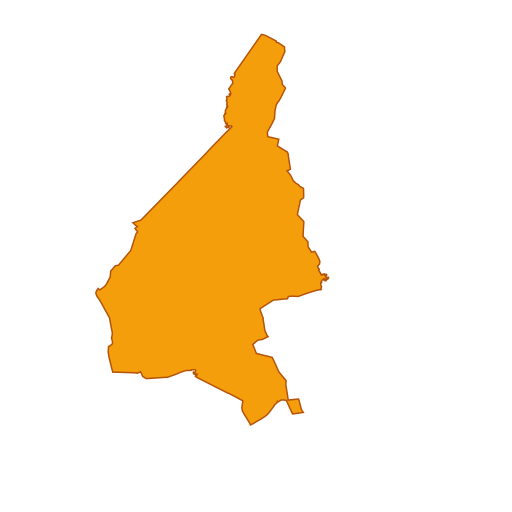 Augstkalnes pag., Tervetes, Latvia (Mercator projection), rotated 129°
{"feature_id": "27541924B87750651157185", "entity_name": "Augstkalnes pag.", "entity_type": "district", "adm_level": 2, "iso_a3": "LVA", "parent_name": "Latvia", "parent_adm1": "Tervetes", "projection": "mercator", "projection_center": [23.356, 56.418], "detail": "fine", "context": "isolated", "style": "filled", "palette": "amber", "viewbox_px": 512, "rotation_deg": 129, "n_neighbors": 0, "source": "geoboundaries", "source_scale": "gbopen_adm2", "svg_char_len": 5976}
<svg xmlns="http://www.w3.org/2000/svg" viewBox="0 0 512 512"><g transform="rotate(129 256 256)"><path d="M390.8,154.0L387.7,152.6L383.7,151.2L380.4,149.8L375.5,148.2L373.2,147.6L371.5,147.4L369.5,147.3L361.4,147.6L359.5,147.8L356.3,147.3L355.6,147.8L355.6,147.3L355.4,147.0L355.2,146.9L352.9,146.1L351.9,145.6L351.4,145.1L350.2,143.4L349.1,141.6L355.8,128.2L347.8,120.8L346.8,124.0L340.5,132.6L340.5,132.8L340.4,133.0L347.7,140.3L345.2,143.0L337.1,152.0L334.0,154.1L333.9,154.3L332.4,161.9L331.6,165.4L325.8,177.0L324.6,179.6L331.5,194.4L326.7,202.9L326.2,202.7L320.9,201.8L319.0,200.6L317.5,199.0L316.7,198.5L311.0,195.8L310.9,196.1L311.0,196.6L310.6,197.8L308.3,202.3L304.0,206.9L300.7,210.8L300.1,210.9L299.9,211.1L299.2,212.4L296.9,216.2L297.0,216.3L295.8,218.0L294.4,219.7L279.4,214.8L279.1,214.5L274.5,209.8L274.4,209.9L269.5,204.7L269.0,204.7L268.4,205.0L267.2,205.4L265.0,203.3L260.9,197.8L253.2,193.1L245.3,187.9L242.0,185.2L241.5,184.4L241.2,184.2L240.9,184.2L240.7,184.7L240.5,185.0L240.1,185.3L238.7,185.7L238.3,186.1L238.2,186.6L237.1,188.1L236.7,188.5L235.8,188.8L235.7,188.3L235.4,188.2L235.1,188.5L234.6,189.2L233.2,189.4L233.0,189.5L232.2,189.2L231.2,189.1L231.0,188.9L231.6,188.4L231.9,188.1L232.0,187.9L231.9,187.8L231.7,187.7L231.5,187.8L231.3,188.1L231.2,188.1L231.5,187.7L231.8,186.8L231.6,186.4L231.2,186.2L230.7,186.0L230.4,186.1L230.4,186.6L230.3,187.0L230.2,187.1L229.8,186.6L229.3,186.5L229.2,186.0L229.0,185.8L228.6,185.7L227.9,185.7L227.4,185.8L227.1,186.0L226.9,186.2L227.0,186.4L227.2,186.7L228.3,187.2L228.5,187.5L228.5,187.8L228.0,189.5L227.9,189.6L227.8,189.2L227.7,189.0L226.7,188.9L226.1,189.2L226.0,189.6L226.0,189.8L226.2,190.3L226.3,190.4L227.0,190.6L227.7,190.5L227.9,190.6L227.9,190.8L227.5,191.3L227.1,191.3L226.9,191.7L227.0,191.8L228.4,192.5L228.5,192.9L229.0,192.7L229.3,192.8L229.5,192.9L229.6,193.5L229.5,194.0L229.1,194.3L228.8,195.2L228.5,195.5L228.6,196.1L228.2,196.5L228.1,196.8L228.1,197.2L227.8,197.5L227.6,198.4L227.4,198.5L227.1,198.4L226.7,198.4L226.4,198.6L226.3,198.8L226.4,199.2L226.4,199.7L225.8,200.6L225.7,200.8L225.6,201.5L224.9,201.7L222.3,201.6L220.2,202.8L220.0,203.0L218.6,205.3L215.9,211.8L215.8,212.1L215.6,212.5L215.5,212.9L215.6,213.5L218.0,215.2L218.0,215.4L216.0,221.4L215.8,221.7L212.6,224.2L212.4,224.4L211.1,231.8L206.9,234.9L199.5,240.2L199.2,240.5L199.0,241.5L197.9,249.3L197.8,249.8L197.5,250.1L184.5,256.7L181.2,255.8L180.8,255.8L180.2,256.0L173.7,261.5L173.6,262.0L173.7,262.5L174.4,265.8L173.9,267.7L174.3,270.5L174.1,274.1L174.0,274.5L171.5,279.9L170.7,283.5L170.5,284.3L170.3,285.5L166.9,283.8L160.8,290.7L156.5,295.2L155.5,297.0L157.0,308.7L150.9,311.8L155.8,321.9L152.6,325.2L143.4,326.8L137.6,328.1L135.8,329.4L131.2,332.6L126.3,335.2L122.9,335.8L120.8,335.8L117.7,336.3L107.0,338.7L106.6,340.0L106.2,343.5L103.6,346.0L99.2,355.7L94.9,359.2L89.5,359.3L85.3,360.5L79.3,362.1L78.9,362.2L76.7,364.6L76.1,364.9L75.6,365.5L76.2,372.8L77.1,374.6L76.2,375.5L78.5,386.8L78.6,387.2L80.3,391.2L127.6,387.8L127.6,387.5L127.7,387.2L128.1,387.2L128.2,386.6L128.3,386.5L129.5,385.9L131.0,385.6L131.3,385.9L131.4,386.8L131.6,386.9L131.9,387.7L132.6,388.1L133.2,388.1L133.5,387.9L134.3,386.6L134.5,386.2L134.3,385.4L134.4,384.8L136.2,382.9L137.6,382.6L139.1,382.6L141.2,382.4L143.1,382.4L143.4,382.2L143.6,381.8L143.9,380.6L144.3,380.0L144.7,379.1L145.3,378.3L145.5,377.9L145.8,377.7L146.3,377.5L146.5,377.6L146.5,378.1L146.5,378.4L146.8,378.6L147.1,378.7L147.4,378.2L147.3,377.9L147.1,377.5L147.1,377.3L147.3,377.1L148.8,377.4L149.7,378.3L150.2,379.0L150.5,379.1L151.0,379.0L151.2,378.8L151.8,377.7L152.1,377.4L152.5,377.2L153.3,377.2L153.6,377.0L153.9,376.6L154.3,376.3L154.6,375.1L155.3,374.9L156.0,374.3L156.4,374.3L156.6,374.2L156.9,373.2L157.6,373.0L157.6,372.9L157.4,372.5L157.8,372.0L158.1,372.0L158.6,372.5L158.8,372.5L158.9,372.4L158.9,372.2L158.6,371.9L158.8,371.7L159.7,372.0L160.5,371.5L161.6,371.6L162.0,371.4L163.6,370.3L164.1,369.3L164.2,369.2L164.6,369.2L164.8,369.7L164.9,369.8L165.2,369.7L165.9,369.2L166.2,369.2L166.8,369.4L167.2,369.3L169.7,366.4L170.6,365.8L170.8,365.3L170.9,364.4L171.1,363.9L171.7,363.6L172.0,363.1L172.2,362.0L172.2,361.8L172.0,361.7L171.6,362.0L171.2,362.1L170.9,361.8L171.8,361.1L172.2,360.5L172.7,360.5L173.9,360.9L174.5,361.5L174.8,361.3L174.7,360.3L174.9,359.5L174.9,359.3L174.7,359.2L174.2,359.3L173.5,359.0L173.4,358.7L173.5,358.1L173.3,357.8L173.1,357.9L172.7,358.5L172.3,358.9L172.0,359.1L171.8,359.0L171.3,358.1L170.6,357.3L170.4,356.9L170.4,356.4L170.7,356.1L173.4,356.3L177.5,356.9L201.4,359.1L206.9,359.4L246.7,363.0L246.8,362.9L265.2,364.7L300.5,368.0L306.8,372.0L307.6,372.6L307.9,369.0L307.8,366.7L310.6,367.4L310.8,367.3L311.5,363.8L311.6,363.4L311.9,363.2L312.3,363.1L313.8,363.3L314.2,363.2L330.5,356.8L349.7,357.1L352.0,359.1L352.4,359.2L358.8,359.4L359.0,359.4L361.3,358.0L364.1,356.1L369.9,355.0L370.0,354.8L372.9,354.5L375.1,354.5L380.6,356.0L380.6,358.2L383.3,358.1L385.7,357.1L387.3,354.4L387.8,352.9L388.1,351.4L389.3,348.0L390.9,343.9L392.5,340.3L394.9,334.1L396.4,330.7L402.9,323.2L406.2,319.2L408.4,317.8L410.6,316.7L412.9,313.7L413.8,312.7L415.3,312.4L419.4,313.4L419.4,313.5L423.8,310.3L426.7,307.1L434.7,296.6L436.4,294.2L432.8,289.6L424.1,278.1L422.0,275.1L421.9,274.5L418.6,272.9L420.9,268.1L420.4,264.5L420.3,264.1L418.1,261.7L406.6,249.3L406.5,249.0L406.0,248.5L398.0,243.6L393.8,241.4L389.3,238.6L385.7,234.4L385.2,234.2L384.9,234.4L384.0,233.5L383.5,232.7L382.8,232.1L382.7,231.6L382.9,231.1L383.0,230.8L383.6,230.5L384.7,230.3L385.3,229.8L385.7,229.9L385.7,230.0L385.5,231.2L385.5,231.5L386.0,231.5L386.6,230.6L386.8,230.0L386.8,229.8L386.5,229.6L386.3,229.3L386.3,229.0L386.1,228.4L385.8,228.2L385.3,228.2L385.1,228.0L384.9,227.7L384.9,227.4L385.2,227.1L385.6,226.9L386.7,227.2L387.4,227.6L387.6,227.5L387.7,226.2L387.5,225.1L386.1,218.6L382.7,202.6L380.3,191.7L379.8,190.5L376.8,175.1L382.9,171.5L385.0,169.0L385.5,167.6L385.9,166.9L389.7,156.2L390.8,154.0Z" fill="#f59e0b" stroke="#b45309" stroke-width="1.5"/></g></svg>